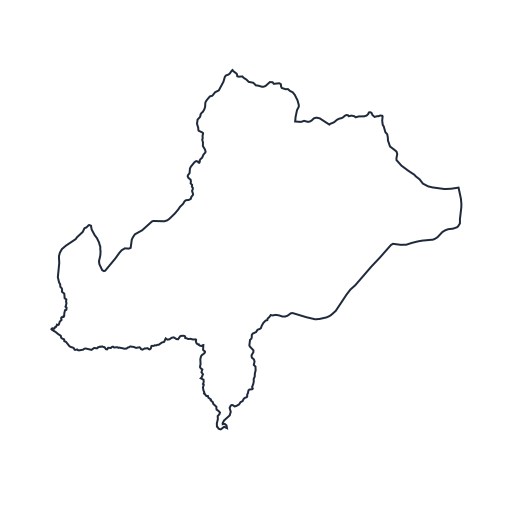 the district of Bobonaro, Bobonaro, East Timor, rotated 192°
{"feature_id": "22284137B12808122576881", "entity_name": "Bobonaro", "entity_type": "district", "adm_level": 2, "iso_a3": "TLS", "parent_name": "East Timor", "parent_adm1": "Bobonaro", "projection": "robinson", "projection_center": [125.346, -9.042], "detail": "fine", "context": "isolated", "style": "outline", "palette": "slate", "viewbox_px": 512, "rotation_deg": 192, "n_neighbors": 0, "source": "geoboundaries", "source_scale": "gbopen_adm2", "svg_char_len": 6112}
<svg xmlns="http://www.w3.org/2000/svg" viewBox="0 0 512 512"><g transform="rotate(192 256 256)"><path d="M439.7,141.1L438.4,141.0L438.2,140.6L436.6,140.2L433.1,138.4L430.4,137.4L429.6,135.6L428.6,135.0L426.3,134.5L425.8,132.8L424.0,132.5L420.0,129.2L418.8,128.6L415.4,128.2L413.9,126.6L412.8,126.7L411.6,127.4L410.3,126.8L409.2,127.0L405.7,128.4L404.7,129.5L403.5,130.1L397.4,130.0L395.2,132.4L392.4,132.6L391.9,133.0L391.7,133.7L389.6,135.0L389.0,134.8L387.6,135.6L386.3,135.2L385.2,135.3L383.3,133.6L382.2,133.7L381.5,135.5L378.9,135.8L378.0,137.1L377.0,137.6L375.8,137.0L372.8,137.9L371.3,137.6L370.8,138.0L365.1,138.0L363.3,138.6L362.5,139.7L361.4,140.2L360.2,141.4L356.6,141.6L354.2,141.2L350.9,142.5L349.6,141.7L349.1,141.0L347.6,140.8L345.4,142.6L344.5,142.6L342.9,143.3L341.2,142.5L340.6,142.5L339.7,143.6L339.5,146.3L337.2,146.9L336.5,147.6L335.0,147.8L334.2,148.5L332.6,149.0L330.2,151.7L328.0,152.9L327.2,156.6L325.4,155.8L323.5,156.4L321.3,158.6L319.5,159.3L316.5,158.2L314.9,158.4L313.5,161.7L312.7,162.3L310.2,162.9L309.2,162.9L308.6,162.5L308.1,161.0L306.9,161.1L305.1,160.7L302.8,161.4L300.4,161.2L297.6,161.9L297.2,161.7L297.0,159.8L295.9,158.1L294.5,157.5L293.6,157.7L293.2,157.0L291.8,156.6L290.4,156.7L289.7,157.6L289.0,157.9L288.3,153.4L287.9,152.9L286.1,152.0L285.9,151.5L286.0,150.8L286.8,149.5L288.5,147.6L288.9,146.4L289.0,143.5L287.8,138.9L287.7,135.8L286.7,134.6L284.9,133.9L285.2,131.0L283.3,129.3L283.9,126.0L284.6,124.9L281.6,124.1L281.0,122.1L281.0,120.6L281.3,119.8L280.3,119.1L280.6,116.4L279.4,113.5L278.2,111.9L278.4,110.9L277.9,110.4L276.9,110.2L276.1,109.1L275.2,108.7L274.0,109.1L273.1,107.5L270.3,106.3L270.3,105.4L267.8,104.0L267.1,102.5L263.4,100.3L262.9,98.1L262.5,97.5L260.5,96.7L258.7,95.4L258.9,93.6L260.2,91.4L259.4,88.6L259.5,84.1L258.7,80.9L257.9,80.6L256.7,79.3L254.9,79.0L254.1,79.4L251.7,82.3L248.6,81.6L249.7,84.2L251.6,85.2L252.7,85.1L253.6,84.6L253.9,85.5L253.1,88.4L248.6,94.6L248.3,98.3L250.2,101.9L249.6,104.4L248.9,105.1L247.7,105.3L245.6,104.4L244.1,105.2L241.7,107.3L240.7,109.9L239.0,111.2L238.3,113.8L237.4,114.9L235.7,116.0L235.4,116.7L235.8,118.7L235.4,120.2L235.4,123.0L234.7,124.0L232.0,124.9L231.6,125.6L232.6,127.1L232.1,130.0L232.1,133.0L232.7,135.1L232.2,137.7L232.7,141.0L232.6,144.1L233.5,147.7L235.5,149.0L235.5,152.5L236.4,154.2L237.1,154.8L238.5,155.4L239.2,156.2L239.7,158.0L238.6,161.3L238.9,163.2L243.1,166.1L243.9,167.1L244.4,172.6L243.4,174.1L243.2,175.2L243.7,177.9L243.0,179.5L240.1,181.6L239.2,184.1L237.0,185.6L236.2,186.5L235.9,188.9L234.9,192.1L233.2,194.8L231.6,195.6L231.6,197.2L230.3,199.0L229.3,201.3L227.5,201.3L224.5,202.5L221.2,202.7L217.7,202.3L215.0,202.8L212.8,204.1L209.9,207.3L208.2,207.8L194.1,206.6L184.9,206.4L180.8,207.6L174.3,210.6L171.9,212.3L170.1,214.1L166.6,218.9L159.4,237.1L156.7,242.8L152.8,248.1L141.1,269.4L134.4,280.4L126.3,294.8L124.6,296.4L116.9,297.0L111.3,298.3L106.7,301.0L101.0,303.8L96.6,305.6L86.3,308.8L84.3,310.2L82.3,312.2L78.7,318.2L76.1,320.6L73.5,322.2L69.0,323.7L65.5,325.8L64.6,326.8L63.3,330.2L64.2,334.5L65.3,346.4L66.0,349.9L67.5,354.7L72.1,365.0L79.0,362.4L85.4,360.7L97.5,359.8L102.1,359.9L107.8,361.5L111.9,365.0L116.4,367.2L118.0,368.4L124.4,370.9L132.5,374.6L138.5,379.0L139.0,381.0L139.0,384.8L140.0,387.0L141.0,387.8L147.7,391.0L151.0,396.5L151.6,399.1L153.0,402.4L155.2,404.0L158.0,409.3L159.3,410.6L160.7,414.6L161.2,418.9L161.6,419.4L163.6,419.3L165.2,418.2L166.7,417.9L168.9,416.7L171.3,418.0L172.8,420.0L174.3,420.4L175.5,419.8L175.7,418.3L177.0,416.4L179.2,415.1L184.5,413.9L187.4,412.4L188.8,413.1L190.5,413.2L192.0,413.1L194.3,412.0L195.4,412.8L196.8,412.7L198.3,411.6L199.6,409.8L200.9,408.7L203.2,407.6L205.1,406.1L207.5,403.0L211.0,400.6L211.6,399.8L222.3,403.9L225.6,403.9L228.0,402.7L229.9,399.9L231.7,398.5L233.1,398.0L237.1,398.2L239.3,396.8L240.6,396.4L245.7,395.7L246.2,400.5L246.2,407.3L245.2,410.9L245.5,412.5L247.7,416.8L251.5,421.6L254.2,423.8L257.1,424.5L259.5,425.9L261.6,425.3L265.7,425.7L266.7,427.0L267.4,429.2L269.2,429.8L274.4,428.1L275.9,429.4L278.6,429.0L282.0,424.3L283.7,423.2L285.1,422.8L289.9,423.1L291.4,422.8L294.7,424.9L299.3,424.8L302.1,426.6L305.1,427.7L306.7,428.8L310.1,427.8L311.7,427.9L312.4,429.8L313.2,430.5L316.7,432.1L317.6,433.0L318.2,432.3L319.7,428.8L321.0,427.5L322.9,426.4L323.7,424.8L324.1,419.6L326.8,410.3L330.1,407.6L331.8,404.1L332.2,403.6L334.3,402.5L336.1,399.2L337.1,397.0L337.4,395.3L336.8,391.4L337.0,389.0L337.9,386.1L338.9,384.8L339.7,382.9L339.5,381.6L339.8,380.1L341.5,377.3L341.2,373.1L339.1,369.2L338.6,367.3L338.1,366.6L334.7,365.8L333.6,365.4L333.2,364.8L333.3,362.4L332.6,360.1L332.8,358.7L331.5,356.0L330.8,352.5L328.0,349.5L327.0,347.5L327.1,346.7L328.5,344.2L329.1,341.0L330.4,339.2L330.9,337.9L330.6,336.3L330.9,335.4L331.6,335.4L332.7,336.3L334.2,336.4L335.0,335.7L335.7,334.9L338.3,329.8L338.8,327.8L338.2,323.3L339.4,320.8L339.3,319.5L338.5,318.5L335.8,317.0L335.2,315.5L335.0,313.4L333.3,312.3L333.1,310.4L332.0,309.6L331.7,308.4L332.1,306.4L330.4,303.4L330.5,302.3L331.5,300.5L331.7,298.3L333.5,296.8L335.9,296.1L336.7,295.4L337.3,294.5L338.2,291.8L340.6,288.2L341.8,285.2L344.2,280.7L348.3,274.6L350.1,272.5L352.9,270.9L363.8,268.9L365.0,268.1L372.7,257.5L379.0,252.0L380.3,248.7L380.9,246.1L380.3,237.9L381.9,236.8L385.9,236.2L388.6,233.7L390.3,230.7L393.0,224.5L400.5,210.2L401.7,209.6L403.5,210.2L407.5,215.4L408.5,218.2L408.4,224.1L409.0,228.2L409.7,230.1L410.3,233.0L411.2,234.2L412.3,236.5L415.3,240.4L418.2,242.9L422.3,247.8L423.7,251.3L425.3,251.6L426.0,251.4L427.9,248.6L429.5,247.6L430.5,243.5L435.0,237.1L435.9,235.0L444.0,226.7L447.3,222.4L448.5,218.5L448.7,215.3L448.5,213.8L447.0,208.3L445.4,194.0L443.1,189.2L441.7,187.6L441.0,185.2L439.3,184.0L438.7,183.0L438.4,180.7L435.7,179.3L434.4,174.9L432.5,174.1L432.3,171.8L431.6,170.6L431.6,167.9L431.8,166.8L430.6,166.2L430.3,164.2L430.6,163.6L431.5,163.3L431.6,160.4L431.2,157.5L431.7,157.3L431.6,156.3L433.4,155.7L433.7,154.6L432.9,153.1L434.3,151.0L434.6,148.0L435.4,147.3L436.4,147.5L436.8,145.2L437.6,144.9L438.1,143.2L440.0,143.0L440.7,142.5L440.9,141.9L439.7,141.1Z" fill="none" stroke="#1e293b" stroke-width="2"/></g></svg>